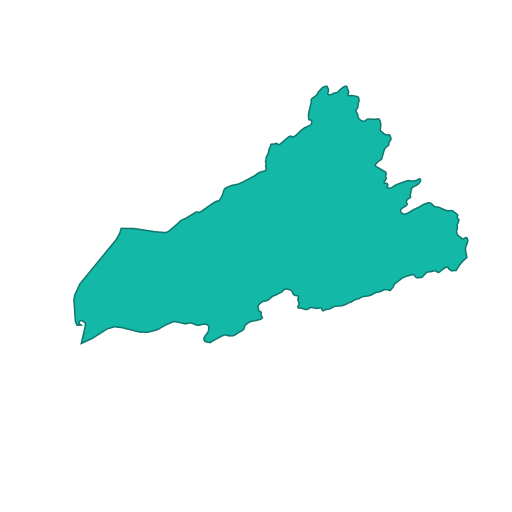 the State of Kelantan, rotated 240°
{"feature_id": "MYS-1144", "entity_name": "Kelantan", "entity_type": "State", "adm_level": 1, "iso_a3": "MYS", "parent_name": "Malaysia", "parent_adm1": "", "projection": "equal_earth", "projection_center": [101.974, 5.407], "detail": "fine", "context": "isolated", "style": "filled", "palette": "teal", "viewbox_px": 512, "rotation_deg": 240, "n_neighbors": 0, "source": "natural_earth", "source_scale": "10m", "svg_char_len": 6155}
<svg xmlns="http://www.w3.org/2000/svg" viewBox="0 0 512 512"><g transform="rotate(240 256 256)"><path d="M218.4,179.9L221.2,179.5L223.2,176.6L224.6,171.8L225.5,170.4L230.5,166.3L231.5,164.3L232.1,162.2L232.9,160.3L234.8,158.6L240.4,152.1L241.4,143.4L241.5,133.6L244.1,124.1L248.3,117.2L260.9,104.2L265.4,98.2L267.3,90.9L266.5,73.0L267.6,60.9L272.0,65.1L281.0,73.4L283.0,74.7L287.0,73.3L287.8,70.6L286.3,68.8L283.6,70.0L285.5,66.4L289.1,66.6L308.9,76.3L312.7,79.4L319.8,89.4L340.2,143.4L343.8,149.3L347.4,153.2L347.0,153.6L340.8,164.1L327.7,180.4L321.8,188.9L320.9,191.9L323.2,204.6L323.7,206.1L324.2,208.3L324.2,209.6L323.8,213.5L324.0,225.8L323.8,226.6L323.5,227.2L322.1,228.4L322.0,230.7L323.2,244.2L323.3,248.0L323.0,250.1L322.4,250.4L322.3,251.2L322.6,252.5L325.3,257.1L329.1,261.2L329.8,262.3L330.1,264.4L329.3,270.2L327.1,276.8L326.6,282.1L326.2,295.3L326.7,298.8L326.7,299.7L326.7,300.6L326.4,302.2L325.3,306.0L325.4,307.0L325.8,307.9L327.0,308.7L329.3,309.4L330.6,310.7L331.1,311.0L333.1,311.4L334.5,312.9L335.8,313.7L336.3,314.1L338.7,317.8L340.2,319.2L341.2,319.9L341.8,320.5L343.5,323.0L345.2,324.8L344.9,325.9L344.1,327.2L343.8,327.8L343.6,329.4L343.3,330.0L342.9,330.4L341.6,330.8L341.2,331.2L340.8,331.8L340.9,333.0L342.9,344.2L342.7,345.3L342.4,346.1L341.3,346.8L340.9,347.2L340.6,347.8L340.4,348.8L340.5,350.4L340.8,352.2L342.4,358.6L342.8,362.3L342.5,364.2L342.2,368.6L342.5,369.7L343.3,370.7L345.1,371.7L345.9,371.7L346.5,371.3L347.2,370.2L347.7,370.0L349.0,370.3L353.2,372.8L361.7,380.9L363.5,381.7L364.1,382.4L364.5,383.7L364.7,386.9L365.0,388.8L365.9,390.5L366.5,391.3L366.9,392.2L368.5,397.2L368.6,398.9L367.7,402.3L364.3,402.1L362.9,401.5L361.2,399.6L360.6,399.3L359.9,399.3L359.2,399.7L358.5,401.0L358.2,402.0L358.1,404.7L357.0,408.3L357.2,409.8L357.8,411.1L358.0,411.8L358.5,415.3L358.6,417.1L358.4,417.9L358.2,418.7L357.8,419.2L357.1,419.4L354.9,418.8L352.3,418.5L351.6,418.2L351.0,417.7L350.7,417.2L349.8,416.2L349.3,416.1L348.6,416.3L347.9,417.4L346.9,419.5L344.3,422.5L343.1,423.6L342.4,423.9L341.5,423.9L339.2,423.1L338.6,422.6L336.9,420.8L333.9,418.6L333.2,417.5L332.3,415.7L331.9,415.2L331.2,414.9L330.2,414.8L328.7,414.9L327.8,414.8L327.0,414.6L325.9,413.9L323.8,413.8L321.5,414.4L320.1,415.2L318.5,417.1L318.4,418.0L318.5,418.8L318.8,419.4L318.9,420.1L318.8,420.9L318.5,421.6L316.5,425.0L315.0,427.0L313.6,430.6L312.8,431.0L311.6,431.0L308.8,430.4L306.7,429.4L303.3,426.7L302.4,426.6L301.1,426.8L297.4,428.2L295.8,429.4L294.0,432.4L290.5,431.8L289.9,431.4L289.2,430.9L288.4,428.8L287.7,427.7L286.1,426.8L285.7,426.3L285.5,425.5L285.2,422.9L284.7,421.6L283.6,419.9L277.5,413.7L277.1,413.1L276.9,412.4L276.7,409.0L275.6,405.5L275.0,404.4L273.6,404.7L264.2,410.1L262.4,410.2L260.1,407.9L259.5,407.8L258.2,407.8L257.8,407.4L256.2,404.4L255.4,403.5L255.0,403.6L254.5,404.0L253.7,405.3L253.0,405.9L251.9,405.9L251.3,405.5L250.8,405.0L250.2,403.7L249.7,403.6L249.0,404.1L247.7,406.1L247.4,407.3L247.3,408.4L247.6,410.0L247.6,411.9L247.5,413.8L245.7,424.0L245.3,425.4L244.8,426.2L243.0,428.5L242.1,430.3L241.3,432.4L241.2,436.0L240.8,436.6L240.2,436.8L239.1,436.3L238.4,435.6L237.7,434.3L237.0,431.3L236.9,430.5L237.2,428.0L237.2,427.1L237.2,426.2L236.8,424.7L236.0,423.7L233.1,421.4L231.8,420.1L231.1,419.8L230.2,419.6L229.7,419.2L229.4,418.4L229.3,415.8L228.8,414.4L227.9,413.4L227.4,413.2L225.4,412.9L224.9,412.5L224.6,411.9L224.4,410.2L224.4,408.1L224.3,406.3L224.1,405.5L223.6,404.2L223.1,403.8L222.4,403.5L221.5,403.5L219.1,404.2L218.4,404.9L217.9,405.9L217.3,408.1L217.2,409.5L217.4,415.3L216.8,421.6L216.9,426.3L216.7,428.2L216.1,431.4L215.5,432.7L214.8,433.4L213.7,434.1L209.9,435.2L208.8,435.8L207.4,438.1L206.3,439.1L201.2,442.8L199.7,444.2L198.8,445.3L198.3,446.7L197.3,448.4L196.4,449.0L195.2,449.6L191.4,451.1L190.4,451.1L189.6,450.2L188.3,449.3L185.8,449.9L183.8,447.7L182.6,446.0L181.9,445.5L179.4,444.3L178.6,443.6L177.7,442.5L177.1,441.9L175.9,441.5L173.7,441.1L171.7,441.6L170.1,442.4L168.0,443.2L167.4,443.7L167.2,444.5L167.0,447.2L166.5,447.7L165.4,447.7L163.4,447.2L161.2,445.0L160.7,444.2L158.2,441.4L156.2,440.3L149.4,438.0L147.9,431.8L146.7,428.5L143.4,422.1L145.4,417.9L147.2,417.1L148.2,416.5L148.8,416.4L149.9,416.6L150.5,416.5L150.9,415.7L151.2,414.4L151.1,411.5L150.8,408.7L150.4,407.2L150.4,406.4L150.7,405.5L151.6,404.8L153.1,404.4L153.6,403.7L154.1,402.6L154.8,400.1L155.7,398.0L156.1,397.4L156.3,396.6L156.3,395.3L155.8,393.2L154.7,389.6L154.6,388.9L154.8,388.0L155.5,387.0L156.5,384.7L156.9,384.3L157.5,383.9L160.8,383.3L161.4,382.6L161.9,381.4L163.5,374.8L163.8,372.0L162.6,362.8L162.1,361.4L160.4,359.1L159.0,355.0L161.6,352.2L162.7,350.3L163.0,345.6L164.3,342.1L164.6,338.5L164.6,336.6L164.8,334.9L165.2,333.6L167.2,328.7L167.6,327.0L167.6,323.9L168.6,320.4L168.7,318.4L168.5,316.6L168.5,315.6L168.9,314.2L169.1,312.1L169.1,310.2L169.6,306.7L170.3,304.7L172.7,300.0L173.1,299.0L173.2,298.1L173.2,294.5L173.3,293.4L174.4,290.8L174.6,289.6L174.8,287.5L175.0,286.7L175.5,286.3L176.7,286.3L177.5,286.5L178.2,286.5L178.8,286.0L179.3,284.8L179.9,282.9L180.5,281.9L183.2,279.1L183.9,277.8L184.2,276.6L184.0,273.9L184.5,272.8L185.4,271.6L187.6,269.7L188.6,268.6L189.5,267.0L190.0,266.6L190.6,266.6L191.5,267.3L192.9,269.3L193.4,269.6L196.7,270.2L197.8,270.8L199.6,272.5L200.1,272.6L200.7,272.3L201.8,270.7L202.6,269.9L203.9,269.3L205.7,269.2L207.6,269.6L208.3,269.5L208.9,269.1L209.6,268.6L211.6,266.7L212.1,266.0L212.6,264.6L212.8,263.7L212.0,260.3L212.3,253.7L212.7,251.4L212.8,250.3L212.6,248.9L212.0,246.2L211.8,244.5L212.1,242.3L213.0,239.8L213.2,237.9L213.0,236.5L212.7,234.8L211.8,232.9L211.2,232.3L209.3,231.9L207.8,231.0L206.8,231.3L205.2,232.3L204.6,232.4L204.1,232.2L202.7,230.9L202.2,230.7L200.2,230.8L199.6,230.7L199.1,230.4L198.9,229.4L199.0,228.0L200.1,223.8L201.3,220.7L201.9,218.4L202.0,217.2L202.0,215.7L201.6,213.0L201.2,211.7L200.8,210.8L199.4,209.7L198.6,208.7L198.4,207.5L198.3,205.9L198.4,203.0L198.3,200.4L198.1,198.2L198.2,197.1L198.6,195.8L199.7,193.7L200.9,192.0L202.8,190.3L203.2,189.8L203.8,186.5L204.1,174.6L203.7,173.3L206.6,169.7L208.7,168.8L210.9,169.8L212.3,172.1L213.3,174.8L214.8,177.3L218.4,179.9Z" fill="#14b8a6" stroke="#0f766e" stroke-width="1.5"/></g></svg>